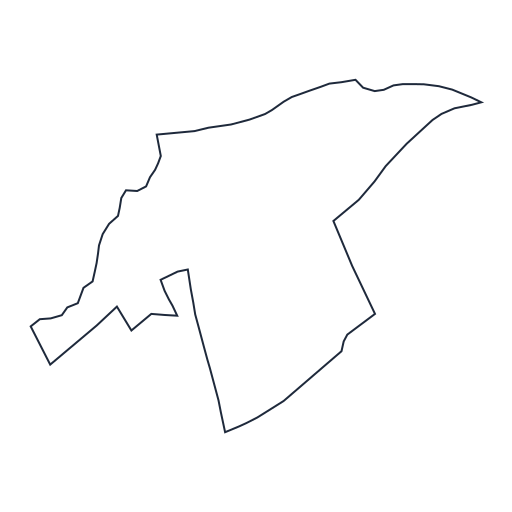 outline of Embakasi West, Nairobi, Kenya
{"feature_id": "3690345B73871814801291", "entity_name": "Embakasi West", "entity_type": "district", "adm_level": 2, "iso_a3": "KEN", "parent_name": "Kenya", "parent_adm1": "Nairobi", "projection": "albers", "projection_center": [36.887, -1.273], "detail": "fine", "context": "isolated", "style": "outline", "palette": "slate", "viewbox_px": 512, "rotation_deg": 0, "n_neighbors": 0, "source": "geoboundaries", "source_scale": "gbopen_adm2", "svg_char_len": 1200}
<svg xmlns="http://www.w3.org/2000/svg" viewBox="0 0 512 512"><path d="M481.3,102.3L471.2,97.4L452.2,89.6L438.9,86.2L423.9,84.3L413.8,84.1L403.0,84.1L393.5,85.4L383.8,89.8L374.7,91.1L363.1,87.7L355.5,79.8L341.4,82.2L329.4,83.6L320.5,86.9L309.5,90.7L299.8,94.2L291.8,97.0L283.7,101.7L272.0,110.0L265.1,114.0L249.5,119.6L231.0,124.5L208.5,127.7L194.5,131.1L156.7,134.6L160.8,156.0L158.1,163.3L155.1,169.8L150.0,177.2L146.1,186.4L137.2,191.0L126.0,190.3L121.3,198.0L119.7,207.9L118.0,215.9L109.1,223.8L102.7,234.1L99.0,245.4L98.0,253.7L96.6,263.1L94.7,272.0L92.6,281.4L83.5,287.8L77.8,303.2L67.3,307.4L61.8,315.2L50.7,318.4L39.8,319.2L30.7,326.4L50.2,364.6L96.7,325.5L116.9,306.6L131.4,330.5L151.3,313.9L165.0,315.0L177.2,315.7L172.5,305.7L168.9,299.4L164.6,290.8L160.6,279.8L177.6,271.6L187.8,269.5L190.8,289.2L193.3,302.7L195.2,314.4L198.7,327.3L204.2,347.9L207.4,359.7L209.9,368.2L218.5,400.3L220.9,412.5L225.1,432.2L239.1,426.4L246.1,423.2L257.3,417.5L283.6,401.0L341.5,351.2L343.7,341.4L347.3,334.6L375.0,313.9L352.2,266.0L333.4,221.0L358.8,199.8L374.5,181.5L385.7,166.1L406.7,143.7L432.5,120.0L441.5,113.9L454.5,108.3L471.9,104.8L481.3,102.3Z" fill="none" stroke="#1e293b" stroke-width="2"/></svg>